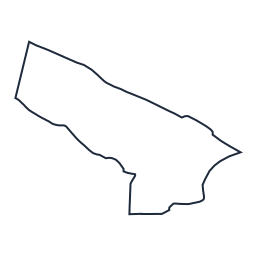 outline of Kharab Al Marashi, Al Jawf, Yemen
{"feature_id": "15242507B69209447674236", "entity_name": "Kharab Al Marashi", "entity_type": "district", "adm_level": 2, "iso_a3": "YEM", "parent_name": "Yemen", "parent_adm1": "Al Jawf", "projection": "albers", "projection_center": [44.255, 16.604], "detail": "fine", "context": "isolated", "style": "outline", "palette": "slate", "viewbox_px": 256, "rotation_deg": 0, "n_neighbors": 0, "source": "geoboundaries", "source_scale": "gbopen_adm2", "svg_char_len": 1779}
<svg xmlns="http://www.w3.org/2000/svg" viewBox="0 0 256 256"><path d="M240.6,152.3L229.9,146.3L225.4,143.6L221.0,140.9L214.3,135.9L212.7,134.8L212.7,131.9L210.9,129.7L206.2,126.2L199.5,122.2L196.3,120.3L188.0,116.1L185.3,116.1L181.7,117.5L177.6,115.2L176.3,114.5L174.7,113.6L170.5,111.7L165.1,109.1L156.3,104.7L146.0,99.7L138.1,96.5L131.2,93.7L126.8,92.0L120.9,89.1L113.6,86.4L111.0,85.0L106.5,82.8L104.0,81.0L100.9,78.1L97.1,74.5L91.6,69.7L83.8,64.9L76.8,62.6L65.6,57.7L47.9,49.9L36.3,45.4L29.1,41.8L15.4,98.1L16.5,98.6L17.8,99.4L19.1,100.3L20.5,101.7L22.2,103.3L23.8,104.8L24.2,105.2L25.4,106.6L27.3,108.4L29.1,110.1L31.4,111.6L33.3,112.8L35.6,114.1L37.6,115.4L40.0,116.8L42.2,118.0L44.2,119.0L46.6,120.3L48.5,121.2L50.7,122.6L52.5,123.8L55.0,124.6L57.1,125.1L59.2,125.4L61.8,125.4L64.0,125.4L66.0,126.3L67.7,128.2L69.2,130.0L70.7,131.7L72.1,133.4L73.6,135.0L75.2,136.9L76.7,138.5L78.2,140.1L79.8,141.6L81.5,143.1L83.5,144.8L85.4,146.5L87.4,148.4L89.2,150.1L91.0,151.5L93.1,153.1L95.0,153.8L97.5,154.6L99.3,154.7L104.7,157.6L105.9,158.2L109.1,157.8L111.3,158.0L112.5,158.3L113.9,158.9L116.0,159.8L119.4,163.0L119.6,163.3L123.5,168.8L123.6,171.4L127.6,172.9L135.1,174.3L135.1,175.8L132.0,180.9L131.8,181.3L130.5,183.8L130.5,184.0L129.8,202.5L129.7,204.5L129.4,214.2L141.5,213.8L141.5,214.0L148.6,214.0L148.8,214.0L149.1,214.0L161.9,213.9L162.1,213.8L168.8,210.3L169.3,210.0L169.1,209.0L169.4,207.4L171.8,205.1L172.6,204.4L173.3,203.7L175.1,203.5L176.3,203.6L178.6,203.8L180.3,203.9L183.7,204.0L188.5,204.1L199.8,201.7L200.5,201.3L201.8,200.7L203.3,199.7L203.8,198.9L204.0,197.2L203.9,195.5L203.6,193.7L203.4,192.4L203.3,191.8L203.1,190.7L202.6,184.9L205.2,179.0L209.5,171.0L214.4,165.6L220.0,161.3L229.3,156.3L240.6,152.3Z" fill="none" stroke="#1e293b" stroke-width="2"/></svg>